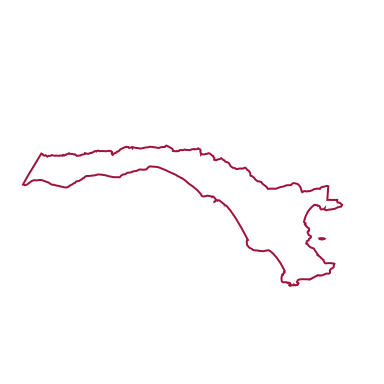 Yarrabah, Queensland, Australia, rotated 112°
{"feature_id": "25037944B68165922230856", "entity_name": "Yarrabah", "entity_type": "district", "adm_level": 2, "iso_a3": "AUS", "parent_name": "Australia", "parent_adm1": "Queensland", "projection": "natural_earth1", "projection_center": [145.904, -17.017], "detail": "fine", "context": "isolated", "style": "outline", "palette": "rose", "viewbox_px": 384, "rotation_deg": 112, "n_neighbors": 0, "source": "geoboundaries", "source_scale": "gbopen_adm2", "svg_char_len": 5927}
<svg xmlns="http://www.w3.org/2000/svg" viewBox="0 0 384 384"><g transform="rotate(112 192 192)"><path d="M248.4,351.5L248.3,349.4L246.8,347.7L241.8,344.7L240.2,342.8L239.4,340.3L238.1,338.2L237.2,335.6L237.0,328.0L237.5,326.5L237.7,324.4L237.1,323.2L236.9,320.3L236.6,319.6L235.5,312.2L234.8,310.0L233.6,308.6L231.6,307.5L229.9,305.9L228.1,304.8L227.4,303.9L225.8,303.4L224.8,302.2L224.3,301.2L222.4,299.6L220.1,298.2L219.8,297.6L217.9,296.9L216.9,296.1L214.4,290.9L213.8,290.2L213.3,288.8L211.0,285.9L209.9,282.7L208.8,277.8L208.6,275.4L207.7,270.5L205.4,264.5L203.3,263.8L201.6,262.5L200.6,260.6L198.5,259.3L196.8,256.2L194.9,254.2L193.1,251.1L191.1,249.6L190.2,247.6L189.8,246.0L188.8,243.9L187.9,242.7L185.5,241.8L184.1,240.8L181.9,233.9L181.6,231.9L181.6,223.8L181.8,222.9L182.1,213.6L182.6,211.2L183.1,205.3L184.8,199.7L185.3,198.7L186.6,193.0L187.4,190.8L188.2,188.0L190.8,182.7L192.0,181.6L191.9,179.9L191.5,178.9L189.8,176.7L189.1,174.2L188.8,172.1L189.2,171.6L188.4,171.2L188.3,170.6L188.6,169.5L190.2,167.0L190.2,166.1L190.7,165.4L190.6,165.0L190.0,164.8L189.6,163.8L189.6,163.2L191.3,157.7L191.7,156.9L192.2,156.7L191.8,155.9L191.9,154.8L195.0,149.1L200.2,141.3L206.7,132.8L215.5,122.2L216.1,122.9L218.2,122.4L220.5,121.0L221.6,119.2L222.2,117.6L222.4,115.0L222.7,114.7L222.8,112.8L221.7,109.4L221.7,108.9L221.4,108.1L221.4,107.1L220.8,106.1L220.4,104.1L217.3,99.3L217.6,96.9L218.7,93.7L221.1,89.0L224.7,83.4L230.4,76.5L231.2,76.8L231.7,76.1L232.3,76.0L233.0,76.7L234.5,76.6L234.6,77.3L235.0,77.4L235.5,77.0L236.2,77.3L237.3,76.9L238.4,76.8L241.0,75.4L241.5,74.5L241.6,73.6L240.3,70.9L240.4,69.7L240.1,69.0L240.4,68.9L239.9,67.9L239.8,66.8L240.6,66.1L241.4,66.6L241.7,67.0L242.0,67.0L242.3,66.1L242.0,65.5L241.0,64.6L240.6,63.2L239.6,63.0L239.9,61.2L239.1,60.5L239.0,59.7L238.4,59.2L236.6,59.1L236.4,59.6L236.6,60.4L236.1,61.0L234.5,60.9L233.5,60.5L232.4,58.9L231.1,56.0L229.4,51.5L229.4,50.6L228.7,50.3L228.6,49.6L227.9,49.0L227.4,48.9L226.9,48.2L226.4,48.0L225.2,46.8L224.4,46.3L224.1,45.7L223.1,45.2L222.7,44.4L222.1,44.3L221.7,43.5L221.7,42.1L221.2,41.9L221.0,40.9L220.5,40.1L217.3,36.8L216.3,34.4L215.7,33.9L214.9,33.9L212.8,34.8L211.2,34.3L210.1,33.3L208.4,32.5L206.8,33.1L205.3,33.0L205.1,33.8L205.5,34.6L205.9,36.6L207.4,40.1L208.1,41.2L208.1,42.2L206.4,44.3L205.8,44.6L205.8,45.2L205.2,46.2L204.8,47.7L204.2,48.8L204.0,50.0L203.7,50.5L203.5,51.5L203.2,51.5L203.2,52.0L202.8,51.9L202.4,52.9L201.6,53.7L200.4,55.7L199.0,57.5L198.8,57.8L198.9,61.4L198.1,63.9L197.2,64.8L197.2,66.2L196.9,66.3L197.1,66.6L196.8,66.9L196.2,66.7L194.7,67.1L193.0,65.7L191.7,66.0L190.1,64.9L189.1,64.8L188.3,65.5L188.2,67.5L186.4,69.5L185.9,69.8L185.0,69.8L184.4,69.1L183.8,69.0L182.2,69.7L181.7,70.6L181.7,71.6L181.1,72.5L180.9,73.5L180.5,73.6L180.2,74.0L180.0,75.0L179.8,75.2L179.1,74.8L178.4,75.0L178.3,76.2L178.0,76.8L176.3,77.2L172.3,77.6L167.6,77.3L164.5,76.6L162.2,75.7L161.8,75.7L158.1,73.8L157.3,71.1L157.7,70.0L157.3,69.4L157.4,68.5L158.0,67.5L159.1,67.0L159.8,65.7L158.4,63.2L157.6,62.9L158.1,62.8L158.6,62.2L158.6,60.5L157.4,59.0L156.3,57.0L156.1,56.3L155.4,55.6L154.2,53.4L151.9,51.4L150.8,50.0L150.0,49.0L149.9,48.4L148.4,48.0L147.5,48.1L147.5,48.9L146.9,50.0L146.7,50.8L146.7,51.7L147.2,53.1L145.9,54.2L145.0,54.4L148.6,63.6L135.6,67.8L135.7,68.9L138.6,73.2L140.3,74.6L141.2,74.6L142.0,77.4L143.2,79.0L143.3,79.4L144.2,80.4L145.1,81.0L145.5,81.4L146.8,82.7L147.3,83.5L147.7,84.7L148.6,85.8L148.7,87.4L149.7,88.9L150.9,89.7L150.5,90.4L149.3,91.2L147.1,93.1L145.7,95.2L145.0,97.2L145.5,100.5L145.9,101.5L146.7,102.1L148.6,102.9L150.3,106.8L153.0,109.7L154.3,111.9L157.6,115.5L159.4,120.3L160.7,122.8L159.2,125.1L158.2,128.9L157.8,129.9L156.8,131.5L157.1,134.0L157.4,134.9L157.0,137.2L156.4,138.5L155.6,139.7L154.8,142.2L154.9,143.9L152.5,145.3L151.0,147.5L150.7,149.2L149.6,151.1L149.6,152.1L150.2,152.8L151.0,153.2L151.7,154.6L151.9,155.7L152.9,157.4L153.8,158.5L154.1,159.5L153.8,161.5L154.2,163.2L153.7,165.6L151.4,168.6L151.1,170.4L151.4,171.2L151.3,172.4L151.1,173.2L150.5,173.8L150.6,174.8L149.7,177.5L149.9,177.9L150.6,178.2L151.3,179.0L151.7,179.6L152.2,180.1L152.5,180.9L153.4,181.4L153.9,183.3L153.5,183.7L152.3,183.8L151.9,185.0L150.6,185.7L150.7,186.5L149.9,189.1L149.7,190.7L149.9,191.3L151.3,192.8L151.4,193.4L152.6,194.6L152.9,195.9L153.4,197.3L154.0,197.6L152.4,198.5L151.7,199.3L149.9,199.7L149.4,200.8L149.5,201.9L149.2,202.7L150.7,203.7L151.2,205.6L151.6,205.8L151.7,206.8L152.4,208.0L154.0,209.7L155.3,213.7L155.4,214.8L156.1,215.4L157.1,217.2L157.3,218.3L157.8,219.0L158.7,219.4L159.0,220.2L159.5,220.4L159.7,221.4L160.2,221.9L161.1,225.1L159.5,226.0L159.1,227.3L158.5,232.9L159.1,233.7L160.4,234.1L162.0,237.5L163.7,239.4L164.8,244.6L165.1,245.0L165.1,245.8L166.1,248.6L167.2,249.7L168.0,251.6L170.8,255.6L171.4,257.3L171.4,258.2L172.2,260.8L172.6,263.2L173.5,263.5L172.9,263.9L172.7,264.4L174.5,266.3L174.7,267.0L174.1,267.9L174.6,269.5L174.9,269.6L175.0,270.1L175.9,271.3L179.5,274.6L180.6,274.7L181.8,275.5L182.9,276.8L183.7,276.8L185.2,278.5L187.3,279.5L186.6,280.7L185.8,281.1L185.3,280.9L184.9,281.0L184.5,282.1L184.5,283.2L185.4,285.3L186.5,287.1L187.4,290.0L188.8,293.2L188.7,294.3L189.6,295.7L190.3,295.9L190.3,297.0L190.6,297.5L191.7,298.4L192.3,298.6L193.7,300.2L193.9,300.9L195.2,302.1L195.7,302.9L196.1,305.7L196.7,305.4L197.3,306.0L198.3,307.6L199.3,308.7L199.7,308.8L201.6,312.2L200.9,314.7L201.4,315.5L201.6,317.4L202.5,319.9L202.2,320.6L203.5,321.6L204.0,322.5L204.9,322.9L205.0,323.4L205.9,324.0L205.8,325.3L206.3,325.7L206.9,325.6L207.3,327.5L208.1,328.4L209.3,332.0L209.8,332.6L210.3,335.9L211.4,336.6L212.3,338.7L213.4,339.4L212.7,341.5L213.4,342.1L213.8,343.3L212.8,344.8L213.1,345.9L213.0,346.1L238.9,350.3L248.4,351.5ZM187.6,54.4L187.1,53.2L186.6,52.9L186.2,51.8L185.7,51.5L185.6,53.0L186.2,53.9L186.6,55.5L187.4,56.6L187.8,56.0L187.4,55.1L187.6,54.4ZM191.8,167.2L192.6,167.7L192.8,167.6L192.4,167.2L191.8,167.2Z" fill="none" stroke="#9f1239" stroke-width="2"/></g></svg>